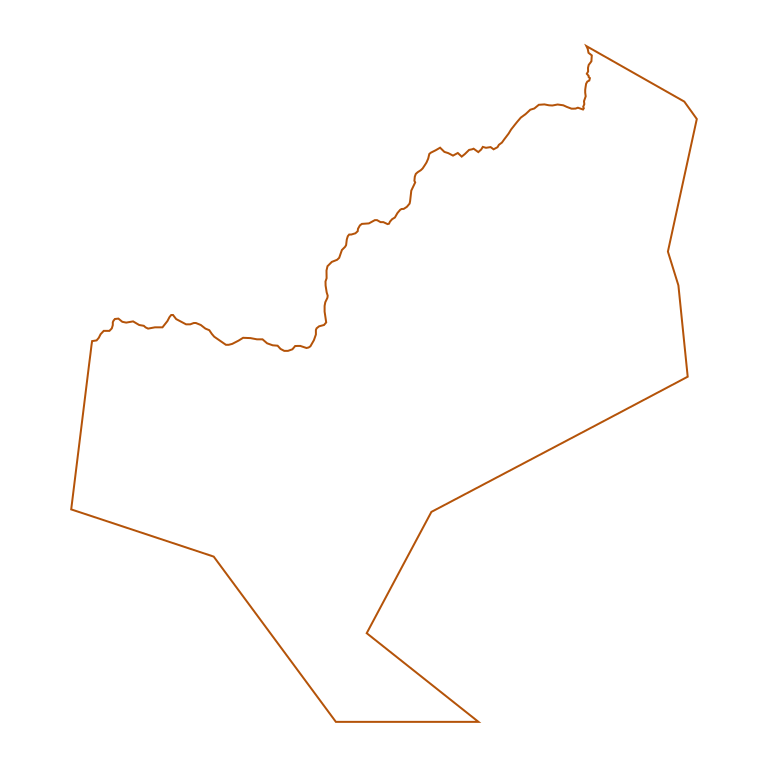 outline of Lufa District, Eastern Highlands, Papua New Guinea
{"feature_id": "67681753B74545677016959", "entity_name": "Lufa District", "entity_type": "district", "adm_level": 2, "iso_a3": "PNG", "parent_name": "Papua New Guinea", "parent_adm1": "Eastern Highlands", "projection": "natural_earth1", "projection_center": [145.234, -6.443], "detail": "fine", "context": "isolated", "style": "outline", "palette": "amber", "viewbox_px": 768, "rotation_deg": 0, "n_neighbors": 0, "source": "geoboundaries", "source_scale": "gbopen_adm2", "svg_char_len": 2489}
<svg xmlns="http://www.w3.org/2000/svg" viewBox="0 0 768 768"><path d="M327.5,266.2L326.5,270.5L326.6,278.2L325.5,281.5L325.6,285.6L326.7,292.5L327.7,295.7L327.4,297.8L325.3,302.2L324.6,305.9L324.6,311.6L326.2,322.4L324.0,325.0L319.1,326.3L316.6,328.3L315.9,330.0L315.9,334.4L315.9,334.5L313.9,340.2L310.4,346.3L308.6,347.5L306.5,348.0L300.2,345.9L295.2,346.0L292.4,349.3L287.9,350.9L284.3,350.9L280.5,348.9L277.6,345.7L272.7,345.3L267.1,343.3L262.5,339.3L256.8,339.3L250.5,338.1L243.1,337.8L238.6,340.6L232.2,343.9L228.7,344.8L225.9,344.8L214.2,336.7L211.8,333.9L209.3,330.2L205.4,328.6L200.8,325.0L195.9,323.0L193.8,323.0L190.3,324.3L186.0,324.3L176.2,319.1L173.0,315.0L171.2,315.0L169.5,317.1L167.4,321.1L162.5,327.3L155.1,327.3L148.1,328.6L145.6,327.4L143.8,325.8L139.2,325.0L133.1,321.4L126.2,322.6L122.3,321.8L118.4,318.6L114.9,319.0L113.5,320.7L112.8,322.3L112.8,325.1L111.8,328.4L109.4,330.9L103.7,330.9L100.6,334.2L98.8,337.8L96.6,340.4L92.1,341.1L91.5,345.2L90.4,354.3L89.2,363.6L71.2,509.4L213.7,556.6L335.9,721.9L478.5,721.9L366.7,633.2L402.6,565.8L431.4,511.9L603.7,421.1L687.7,376.7L678.4,285.4L667.9,251.6L696.8,119.0L684.3,101.6L586.4,46.1L587.7,48.8L588.5,52.8L591.8,55.4L591.4,61.3L588.7,64.9L588.0,67.9L588.1,71.5L586.8,73.8L588.6,75.8L588.6,76.9L589.9,78.1L589.3,80.5L587.3,81.6L586.1,83.8L585.5,87.6L585.2,89.9L585.2,92.7L585.7,96.3L584.0,101.2L584.3,104.2L583.2,106.8L583.8,108.3L583.0,109.5L577.9,107.7L575.5,108.6L571.6,108.7L566.8,106.9L563.3,105.3L557.6,104.5L552.4,105.5L549.0,105.3L544.4,104.4L538.8,104.8L534.3,108.5L530.3,109.7L525.7,114.0L520.8,117.6L517.3,121.7L514.4,125.3L511.1,129.5L508.6,133.6L504.2,139.4L501.9,142.6L498.9,144.8L497.5,147.2L493.6,149.3L490.6,147.1L486.0,147.8L482.8,146.9L481.2,149.5L478.3,152.1L473.6,148.7L472.1,149.3L469.1,149.9L464.8,154.1L461.7,156.6L457.8,153.0L453.0,155.6L448.2,153.1L444.4,151.9L440.1,147.7L435.6,150.3L430.8,152.7L429.3,154.0L428.2,158.6L426.5,162.5L424.6,165.5L422.6,168.5L420.8,170.2L417.7,172.2L415.8,173.9L414.8,176.7L414.4,180.8L415.2,182.4L411.3,190.6L410.1,201.2L409.6,203.6L406.8,206.9L403.7,208.9L401.6,209.0L400.2,209.8L397.4,213.1L394.9,217.5L392.1,219.2L390.0,221.6L389.0,223.7L387.6,224.1L383.3,222.1L380.5,222.1L377.0,220.1L374.9,220.1L368.9,223.4L361.9,223.9L359.9,225.4L358.0,228.8L357.7,231.2L355.4,233.3L351.4,234.5L349.2,234.5L347.8,236.2L346.8,239.4L346.1,245.1L345.1,246.8L341.9,250.0L339.2,257.8L337.1,259.8L331.8,261.9L327.5,266.2Z" fill="none" stroke="#b45309" stroke-width="2"/></svg>